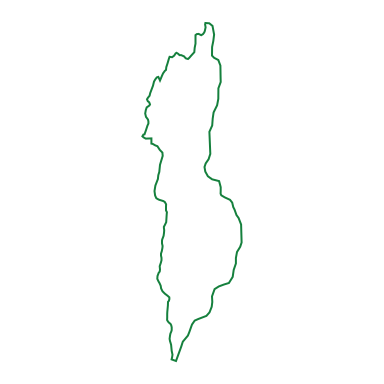 Tenom, Sabah, Malaysia
{"feature_id": "92858781B47862255723096", "entity_name": "Tenom", "entity_type": "district", "adm_level": 2, "iso_a3": "MYS", "parent_name": "Malaysia", "parent_adm1": "Sabah", "projection": "robinson", "projection_center": [115.899, 4.893], "detail": "fine", "context": "isolated", "style": "outline", "palette": "green", "viewbox_px": 384, "rotation_deg": 0, "n_neighbors": 0, "source": "geoboundaries", "source_scale": "gbopen_adm2", "svg_char_len": 2716}
<svg xmlns="http://www.w3.org/2000/svg" viewBox="0 0 384 384"><path d="M176.0,361.0L181.2,346.7L182.8,341.7L187.9,335.6L189.3,332.1L192.0,324.5L194.7,320.6L198.3,319.0L206.4,315.9L209.5,312.4L211.7,306.8L212.3,302.0L212.0,296.4L214.6,289.1L218.9,286.4L224.0,284.5L228.9,283.0L232.7,276.9L233.7,269.9L235.9,263.5L235.9,258.0L237.0,252.0L240.2,246.8L241.6,242.5L241.1,224.5L238.6,218.0L236.5,215.1L234.5,209.5L233.3,207.2L232.2,202.6L230.0,199.8L224.8,197.4L221.3,195.3L220.6,193.7L220.7,190.9L220.7,187.2L219.1,181.1L212.1,179.3L207.9,176.3L205.3,171.6L204.5,167.0L205.7,163.4L208.6,159.2L210.3,153.9L209.4,131.8L212.2,125.5L212.7,118.6L213.6,112.4L217.1,105.3L218.3,98.9L218.4,88.3L220.7,82.0L220.6,78.2L220.4,65.6L218.3,60.0L214.1,57.8L212.0,55.6L212.1,47.0L213.3,41.0L214.1,34.6L212.5,25.9L209.3,23.3L205.4,23.0L205.1,24.5L205.6,27.3L204.8,31.0L204.2,32.5L203.5,33.4L203.0,34.1L201.2,35.2L198.6,33.9L196.8,34.1L195.5,35.1L195.5,37.9L195.5,40.2L195.5,43.7L194.7,47.7L194.3,52.2L191.2,55.6L189.3,57.8L188.0,59.0L185.9,58.4L184.9,57.4L184.1,56.4L181.1,55.1L179.5,55.1L178.3,53.9L176.5,52.8L175.6,53.4L174.2,55.6L172.1,57.2L169.6,56.8L169.0,58.4L168.3,60.7L167.5,63.5L166.3,67.1L166.0,69.9L164.9,70.8L163.1,73.3L162.0,75.7L161.1,77.9L160.0,80.5L159.2,78.7L158.3,76.9L156.8,77.4L155.2,79.5L154.0,81.6L153.0,85.7L150.2,93.1L149.6,95.7L147.9,97.8L147.0,99.3L147.8,101.2L149.2,102.3L150.0,104.4L149.4,105.5L146.7,107.4L145.8,110.1L145.2,113.5L146.0,116.9L147.0,118.2L148.0,119.6L148.4,121.5L148.4,123.6L147.5,125.5L145.8,130.7L145.1,132.6L144.5,134.4L143.4,134.6L142.4,136.3L143.6,137.4L145.7,138.6L151.4,138.4L151.4,140.5L151.4,143.6L152.9,144.0L155.3,145.4L157.4,146.2L159.8,149.9L162.4,152.6L162.7,155.9L160.0,164.8L159.3,171.9L158.3,175.2L157.9,179.0L155.4,185.5L155.0,187.9L154.5,191.1L155.1,195.5L156.3,198.2L157.6,199.0L159.2,199.8L161.2,200.4L163.4,201.1L164.8,202.0L166.1,204.3L166.0,206.7L166.0,210.4L166.9,212.2L166.7,214.4L166.5,217.5L166.2,222.2L164.6,225.5L163.9,226.7L163.9,228.0L164.1,229.4L164.2,230.5L164.0,232.9L163.6,235.8L162.9,237.7L162.2,239.5L162.0,240.7L162.0,243.4L162.6,246.0L162.4,248.0L161.8,251.1L161.0,253.6L161.0,255.6L161.5,257.9L161.5,260.2L160.9,262.6L159.7,266.2L160.0,269.6L159.7,271.6L158.7,272.8L157.5,276.0L157.3,278.8L158.5,281.4L159.6,283.3L160.7,285.8L161.1,288.4L162.5,291.3L164.9,293.7L167.5,295.7L169.3,297.3L169.4,299.0L168.9,300.8L168.0,301.9L167.9,305.4L167.3,311.9L167.2,314.0L167.2,317.5L167.1,320.0L167.9,321.4L168.8,322.5L170.5,323.9L171.2,325.2L171.7,327.3L171.7,330.1L171.3,331.5L170.4,333.6L170.0,335.7L169.6,338.8L170.0,341.1L170.5,342.7L171.1,344.8L171.7,350.9L172.5,354.7L172.1,357.3L171.6,359.4L176.0,361.0Z" fill="none" stroke="#15803d" stroke-width="2"/></svg>